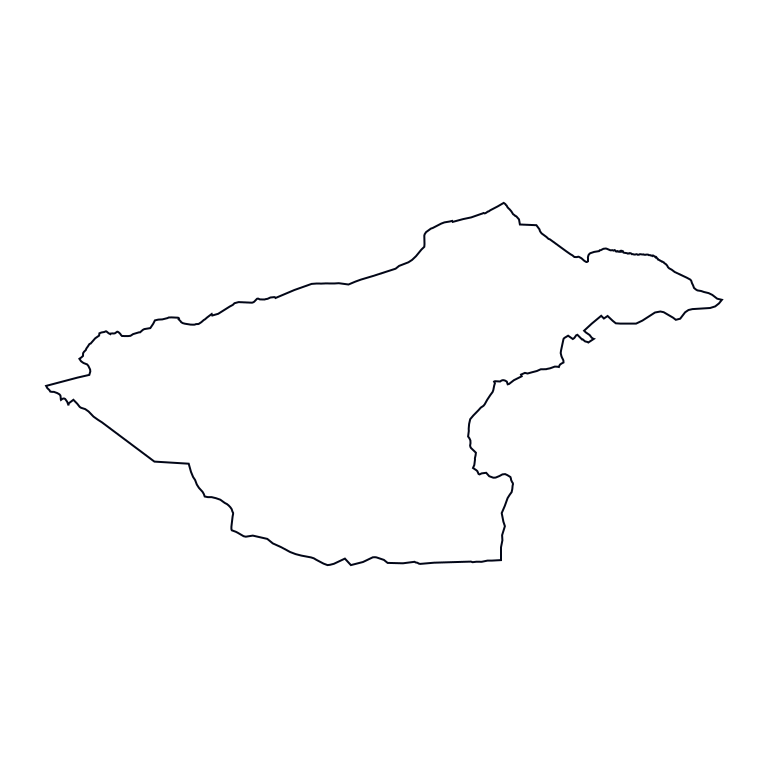 the district of Carpinet, Bihor, Romania
{"feature_id": "2599482B57966099194039", "entity_name": "Carpinet", "entity_type": "district", "adm_level": 2, "iso_a3": "ROU", "parent_name": "Romania", "parent_adm1": "Bihor", "projection": "robinson", "projection_center": [22.479, 46.428], "detail": "fine", "context": "isolated", "style": "outline", "palette": "ink", "viewbox_px": 768, "rotation_deg": 0, "n_neighbors": 0, "source": "geoboundaries", "source_scale": "gbopen_adm2", "svg_char_len": 6077}
<svg xmlns="http://www.w3.org/2000/svg" viewBox="0 0 768 768"><path d="M501.0,560.1L501.0,547.3L502.4,540.3L502.1,535.2L504.9,526.2L503.4,521.7L501.7,513.1L504.8,505.9L507.6,498.1L509.8,494.6L511.6,492.2L512.3,489.0L512.6,485.7L513.0,484.1L512.8,483.1L512.0,481.9L511.1,479.9L510.9,478.5L510.4,477.0L507.3,475.1L505.1,474.1L502.4,474.4L499.5,476.0L495.6,477.6L493.3,477.7L489.2,476.2L486.2,472.8L481.6,473.4L479.6,474.4L478.6,474.0L477.3,471.1L476.3,470.2L473.0,468.0L474.3,465.0L475.0,459.6L474.9,458.3L475.6,455.2L475.9,452.7L471.0,448.0L470.4,446.9L470.1,445.5L470.5,443.2L470.4,440.5L469.4,438.3L468.1,436.5L468.8,431.0L468.7,428.8L469.1,424.0L470.2,419.2L473.4,415.4L478.4,410.3L480.8,407.6L483.5,405.8L484.7,404.3L487.2,399.8L490.3,395.1L492.6,392.0L493.3,390.1L494.2,385.6L494.9,383.3L494.1,381.6L495.0,381.2L500.1,381.5L501.4,380.6L502.6,380.2L503.7,380.2L505.1,380.6L506.8,381.6L507.7,384.3L509.0,384.0L513.9,380.2L521.7,376.3L521.0,374.6L524.9,372.9L527.6,373.5L531.9,372.3L536.9,371.0L540.7,369.3L546.2,369.2L547.1,368.9L550.1,368.3L554.8,366.6L557.3,366.7L558.9,367.0L559.3,365.8L560.0,364.6L561.4,363.6L563.5,362.5L563.4,360.6L563.0,359.5L562.4,358.4L561.5,356.4L560.7,353.1L561.0,350.7L563.5,339.0L564.3,338.0L568.1,335.7L572.8,339.0L574.3,338.0L576.2,335.3L577.4,334.8L582.1,339.5L582.6,339.3L585.1,341.4L587.5,342.0L588.3,342.5L593.8,338.9L593.0,338.6L591.7,337.7L589.6,335.0L585.8,332.4L584.1,330.7L591.8,323.6L601.2,315.8L603.9,318.5L607.6,316.0L612.7,320.8L615.8,323.3L620.4,323.6L636.1,323.6L642.4,320.6L655.0,312.5L660.4,311.5L663.7,312.2L673.1,317.7L675.8,319.8L680.2,318.7L685.1,312.3L688.5,310.0L692.4,309.1L710.1,308.0L715.2,306.4L719.0,303.4L721.9,299.8L717.2,298.7L712.3,294.9L708.6,293.1L704.0,292.0L701.1,291.0L697.4,290.4L695.9,289.5L694.0,287.9L693.1,285.4L692.0,283.2L691.2,280.7L690.3,279.6L686.8,277.7L674.7,272.0L671.7,269.7L669.1,268.3L668.0,267.2L667.1,265.5L665.6,263.9L664.8,263.5L663.9,262.7L663.8,262.4L662.7,261.9L662.4,261.6L661.7,261.6L661.4,261.2L660.0,260.6L659.7,260.2L658.1,259.6L657.8,258.8L657.3,258.6L656.4,257.3L656.0,257.4L656.0,256.9L655.7,256.7L655.1,256.9L653.4,255.6L652.9,255.5L652.3,256.0L651.8,255.5L650.8,255.5L650.1,255.1L648.8,255.1L648.0,254.6L646.0,254.6L645.4,254.8L644.0,254.7L643.6,254.4L642.5,254.5L640.2,254.2L639.5,254.3L639.2,254.6L637.9,254.8L637.5,254.5L636.4,254.2L635.3,254.5L634.0,254.5L632.7,254.1L631.9,254.2L631.2,253.5L629.9,253.1L629.2,253.2L629.1,253.5L627.7,253.6L627.1,253.2L623.9,252.7L623.4,252.5L623.1,251.9L622.8,251.8L622.9,251.3L622.0,250.9L621.0,251.2L620.8,250.8L620.4,251.0L620.5,251.3L620.1,251.2L619.7,251.3L619.5,251.5L619.7,251.8L619.2,251.8L619.1,251.4L618.3,251.5L617.3,251.1L616.9,251.6L615.7,251.3L615.4,250.7L614.7,250.1L613.4,250.6L612.7,250.2L610.4,250.3L607.1,248.9L605.9,248.5L603.4,248.8L600.7,250.2L599.7,250.3L599.1,251.1L594.2,251.9L590.3,253.2L589.5,253.8L588.5,255.1L587.9,257.3L588.0,258.1L588.0,261.3L586.9,262.0L586.3,262.0L584.4,260.9L581.5,258.3L579.0,256.9L578.2,256.7L576.9,257.1L574.4,257.0L573.3,256.1L572.5,255.4L570.4,254.2L566.4,251.4L549.8,239.3L548.5,238.9L546.5,237.0L541.6,233.4L540.4,231.8L539.8,230.7L539.5,229.4L536.4,225.2L519.9,224.5L519.0,219.4L516.3,216.3L515.3,216.0L514.7,215.3L513.1,214.2L511.3,211.3L509.4,209.1L508.4,208.3L508.2,207.9L507.6,207.4L506.6,205.5L506.0,205.1L505.4,204.1L503.7,202.9L497.7,206.4L490.4,210.2L488.5,211.5L487.7,211.6L486.3,212.7L484.8,213.4L483.5,213.0L482.5,213.5L481.2,213.9L471.2,217.4L463.1,219.1L452.7,221.9L452.2,220.9L449.7,221.5L444.4,222.4L441.2,223.6L432.7,228.0L430.9,228.6L426.1,232.1L424.7,234.2L424.3,235.6L424.5,244.1L424.3,246.8L421.4,249.6L416.0,256.2L412.1,259.9L408.4,262.3L399.1,265.9L395.6,268.7L373.0,276.0L360.9,279.6L355.4,281.6L348.5,284.5L338.8,283.2L333.7,283.5L325.7,283.4L321.4,283.6L316.9,283.5L311.6,283.9L294.4,290.0L275.5,298.0L275.0,297.3L274.4,297.1L270.4,297.5L267.6,298.8L265.4,299.2L264.7,299.5L259.9,299.4L258.1,298.6L257.3,298.7L257.0,298.8L254.1,301.8L253.0,302.4L252.0,302.7L238.6,302.1L234.5,303.2L232.8,304.9L229.8,306.5L218.2,313.8L212.3,315.5L211.7,314.0L207.2,317.4L204.9,319.4L203.8,320.0L201.3,322.2L198.7,323.9L197.9,324.1L197.2,324.0L195.7,324.2L194.8,324.6L193.8,324.7L190.5,324.6L184.9,323.7L182.7,323.1L181.1,322.1L180.9,321.6L178.6,319.2L179.0,318.7L178.6,317.9L177.9,317.7L171.6,317.4L168.7,317.5L167.5,318.1L162.3,319.4L158.3,319.6L154.9,320.4L153.2,323.8L150.3,328.1L144.3,329.1L142.8,329.9L140.1,332.3L139.1,332.3L133.1,334.1L130.5,335.8L127.9,336.1L122.0,336.0L120.9,334.9L120.3,333.9L119.0,332.6L117.8,331.8L117.2,331.7L114.9,333.3L113.8,333.5L112.6,333.4L110.5,333.6L110.3,334.1L108.7,333.3L106.4,331.4L105.9,331.3L104.2,332.0L101.4,332.5L99.4,333.3L99.1,335.6L95.2,338.3L90.6,343.6L89.6,343.9L89.3,344.2L87.9,346.4L86.3,348.6L85.9,349.9L84.0,351.8L83.1,353.2L83.0,355.9L81.5,357.3L79.4,358.8L81.1,361.3L83.5,363.0L87.1,364.4L88.3,365.8L90.1,369.5L90.3,371.5L89.3,374.9L77.5,377.6L46.1,385.9L47.3,388.1L49.4,390.1L50.3,391.6L52.3,391.9L54.0,391.9L57.3,393.1L59.5,394.4L60.4,395.5L60.7,397.4L60.8,399.3L61.0,399.9L62.2,399.0L63.3,398.5L64.2,398.5L65.2,399.0L67.2,401.8L68.1,404.2L68.4,405.4L68.8,403.3L73.4,399.8L77.3,403.8L79.7,406.9L81.1,407.8L85.2,409.1L88.6,411.5L93.5,416.6L98.0,419.8L101.9,422.3L154.4,461.6L188.7,463.7L191.0,471.9L193.1,477.0L195.1,480.0L196.8,484.5L198.9,487.8L202.6,491.9L203.8,494.0L204.7,496.5L207.7,497.1L211.5,497.1L216.0,498.2L220.3,499.7L224.7,502.9L227.0,504.1L228.7,505.5L230.4,507.3L231.7,509.2L232.4,511.5L233.1,512.9L233.1,514.0L232.6,516.5L231.4,526.8L231.4,529.1L231.8,530.3L235.9,531.8L237.8,532.8L243.6,536.2L245.8,536.7L252.8,535.6L267.3,538.9L272.8,543.4L281.0,547.1L290.1,552.0L295.6,554.1L301.4,555.6L311.0,557.4L313.8,558.3L316.3,559.8L323.5,563.6L327.5,565.1L330.0,564.8L333.9,563.8L344.9,558.6L350.9,565.1L363.0,562.0L372.8,557.3L375.0,557.2L376.5,557.4L383.9,559.9L387.6,562.9L402.9,563.3L414.6,561.8L415.5,562.4L417.5,562.8L418.8,563.6L420.2,563.9L434.1,562.7L470.9,561.6L472.6,562.2L476.6,561.7L481.7,561.8L487.5,560.6L491.8,560.6L501.0,560.1Z" fill="none" stroke="#020617" stroke-width="2"/></svg>